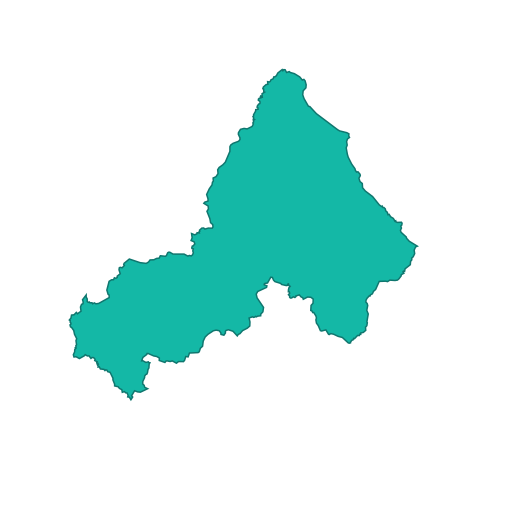 the district of Garut, Jawa Barat, Indonesia, rotated 204°
{"feature_id": "22746128B66421464971893", "entity_name": "Garut", "entity_type": "district", "adm_level": 2, "iso_a3": "IDN", "parent_name": "Indonesia", "parent_adm1": "Jawa Barat", "projection": "robinson", "projection_center": [107.848, -7.343], "detail": "fine", "context": "isolated", "style": "filled", "palette": "teal", "viewbox_px": 512, "rotation_deg": 204, "n_neighbors": 0, "source": "geoboundaries", "source_scale": "gbopen_adm2", "svg_char_len": 6111}
<svg xmlns="http://www.w3.org/2000/svg" viewBox="0 0 512 512"><g transform="rotate(204 256 256)"><path d="M228.2,212.1L238.0,218.2L240.3,221.3L240.0,224.3L233.6,231.6L233.9,233.2L236.7,233.0L237.1,233.6L236.7,234.6L234.5,236.0L233.9,242.6L232.3,243.1L230.2,241.1L228.3,240.3L222.3,241.0L221.1,240.4L216.3,241.3L215.4,241.9L215.6,243.1L215.0,243.7L214.0,242.4L212.5,242.2L213.0,240.3L212.6,238.3L211.9,236.5L211.0,236.8L210.1,235.7L210.6,233.8L209.1,233.3L208.5,232.0L207.5,231.6L206.4,232.1L205.3,233.9L203.6,233.9L203.0,235.2L203.3,235.7L200.6,238.1L198.4,237.0L196.3,236.9L195.2,235.7L192.2,239.5L189.1,240.6L186.2,239.9L184.7,236.0L185.6,233.3L183.8,228.5L182.7,228.6L181.1,227.4L180.3,227.9L176.9,225.6L175.6,224.0L175.3,222.0L173.5,219.3L170.8,217.7L166.8,214.0L165.5,214.2L162.1,216.9L157.9,214.0L157.2,214.0L156.1,215.5L153.4,216.1L148.3,216.0L144.0,216.7L136.3,214.1L134.9,214.5L134.3,215.2L134.7,215.8L134.1,218.1L133.2,218.9L133.3,220.4L132.4,220.5L130.9,224.7L129.2,225.4L129.3,226.9L128.5,227.1L129.0,228.3L126.9,229.8L125.5,232.7L127.0,235.5L126.4,237.4L127.2,240.4L127.9,240.9L129.9,248.7L132.7,251.4L133.8,256.2L135.1,257.8L136.9,258.6L137.5,260.4L137.4,262.4L136.3,265.7L135.6,265.8L135.6,267.1L134.3,268.8L134.3,271.5L133.1,274.0L133.1,282.9L127.4,285.7L125.4,286.1L123.9,288.4L119.0,290.2L117.0,291.5L116.2,293.0L115.3,296.8L115.7,298.0L113.9,300.4L115.3,301.2L115.1,302.2L114.0,302.4L114.6,304.9L111.5,310.8L112.6,314.0L112.1,315.8L112.9,317.4L112.1,319.2L112.0,322.7L113.9,325.7L113.9,329.2L112.6,330.6L121.9,331.8L125.6,333.4L126.5,334.5L133.2,336.7L134.5,338.2L134.5,340.7L135.9,342.1L135.4,343.5L135.9,345.4L136.9,346.0L140.5,344.2L142.0,344.1L142.7,345.0L143.2,344.3L145.8,346.2L148.9,346.6L151.4,348.2L152.2,347.4L153.9,349.4L156.0,350.1L157.0,351.6L158.8,352.3L159.8,351.9L161.0,352.9L161.3,352.3L164.1,352.8L173.6,357.7L182.5,359.8L186.4,361.7L188.4,365.5L191.3,366.3L193.6,368.9L193.4,371.8L194.2,373.0L197.1,374.4L198.3,373.6L200.1,374.7L201.1,376.0L206.0,378.9L212.0,383.8L214.0,386.2L217.6,391.5L217.8,394.4L219.8,397.4L220.0,400.3L218.8,402.3L220.1,403.3L220.8,405.4L223.2,405.6L230.5,404.3L232.9,404.6L258.8,410.6L267.6,414.4L269.0,414.1L276.1,419.3L278.9,422.3L280.1,426.1L278.8,429.9L279.8,432.8L282.4,436.0L284.1,436.8L285.3,435.6L288.9,437.4L295.1,438.2L299.3,437.6L300.6,438.0L302.7,436.1L305.2,438.0L306.5,437.5L306.8,436.2L307.9,437.0L310.5,432.1L310.7,429.0L311.7,427.3L312.6,426.9L312.4,424.9L314.0,423.0L314.0,421.3L314.6,420.4L316.3,420.0L315.0,417.7L316.5,416.7L318.0,413.4L317.8,411.6L316.9,411.6L315.6,409.0L314.9,409.1L316.5,406.7L314.8,403.6L315.6,403.3L316.1,404.4L316.8,404.2L316.8,403.3L315.9,402.4L317.2,401.4L317.6,400.3L317.2,399.2L315.4,398.9L314.7,397.8L314.5,396.8L315.4,395.8L315.8,393.5L315.5,392.3L314.5,392.2L313.8,390.9L315.8,389.6L315.3,388.1L315.7,384.1L315.1,383.0L315.5,382.2L314.2,381.1L314.1,379.8L312.9,380.0L313.5,378.6L312.7,377.6L313.0,376.2L312.1,375.6L312.2,372.8L315.8,368.5L318.8,367.7L321.7,365.4L322.2,361.6L321.7,360.1L318.7,357.4L318.0,355.8L318.6,353.7L322.8,349.6L324.2,347.2L324.3,345.3L322.4,341.0L322.2,329.2L323.4,325.8L325.7,321.9L326.1,319.2L324.2,315.9L324.8,312.2L326.9,309.8L325.4,307.0L325.8,305.7L325.1,303.1L326.0,298.4L326.1,292.1L323.0,288.6L322.2,286.6L324.7,284.4L325.1,282.9L320.0,282.2L318.6,279.5L319.0,276.9L313.3,271.3L311.1,268.0L308.3,267.1L307.1,265.0L307.3,263.6L310.9,262.1L313.7,259.8L315.1,260.3L316.8,259.5L318.1,256.6L317.4,255.5L317.9,254.7L317.2,254.0L319.3,253.3L319.1,252.1L320.7,250.4L324.0,250.3L321.7,246.6L321.6,243.7L318.3,243.8L316.8,242.1L317.7,239.3L318.2,239.2L318.1,237.7L317.6,236.8L316.2,237.1L315.8,234.9L314.5,233.4L314.5,231.2L315.2,229.7L317.1,229.4L318.2,228.2L322.4,228.5L332.6,224.0L336.3,224.4L337.4,223.9L338.0,223.0L338.0,220.1L338.6,218.9L343.5,217.3L343.6,214.6L345.8,213.4L347.8,211.0L351.2,209.3L351.7,206.8L353.3,204.6L359.1,202.8L370.5,201.7L373.5,195.7L373.4,194.4L372.4,193.8L373.5,190.8L375.5,190.4L376.1,189.6L375.5,187.6L372.8,184.6L374.6,181.1L374.0,179.9L375.0,178.6L376.5,178.5L376.5,176.4L378.4,175.4L379.9,173.1L378.4,164.2L375.5,160.8L374.3,160.6L373.2,158.3L380.4,148.7L382.8,147.2L384.6,147.4L385.8,145.9L386.8,146.6L388.6,145.7L389.5,146.2L390.3,145.5L391.7,145.7L392.7,148.1L394.5,149.5L395.3,151.3L396.7,145.5L395.1,143.6L394.7,141.9L395.7,140.9L395.6,138.0L393.4,134.4L395.6,130.6L397.2,131.4L398.3,128.3L400.5,127.0L399.8,124.0L400.5,121.6L399.4,121.4L398.9,120.0L397.9,119.5L397.4,118.5L397.9,117.4L396.6,115.8L395.4,115.7L392.2,113.8L389.9,110.6L386.2,107.6L386.0,105.4L383.8,101.9L384.1,100.9L383.4,99.6L383.8,98.6L383.0,98.5L383.5,96.7L382.7,94.7L382.7,91.5L381.2,89.7L379.4,90.8L375.6,90.5L372.1,95.2L371.9,96.4L369.4,96.1L368.0,96.9L365.1,95.3L364.5,96.6L363.0,97.1L360.9,96.2L360.8,94.9L358.1,94.8L358.2,93.8L357.4,93.0L356.8,93.6L356.0,92.9L356.5,92.0L355.4,91.3L355.1,90.3L354.1,91.0L352.2,89.5L348.8,90.6L347.4,89.9L347.1,90.8L345.8,91.1L344.4,90.0L342.0,90.4L337.0,86.2L336.3,84.6L333.1,81.5L332.3,79.8L328.8,80.5L326.9,79.5L324.2,79.3L322.7,77.1L321.1,78.6L319.4,78.0L318.0,78.4L316.2,76.7L315.9,75.1L314.2,75.5L311.8,73.8L311.3,77.0L312.8,77.7L312.1,83.5L308.9,83.7L306.2,84.6L301.0,90.7L304.3,90.8L305.6,92.4L307.3,92.9L308.4,95.2L308.3,99.5L308.9,101.2L308.4,103.0L307.7,103.6L307.7,105.3L308.5,108.4L308.3,110.2L309.6,113.6L309.5,115.3L310.7,115.0L311.3,115.5L313.3,114.0L317.0,114.3L317.8,113.8L318.1,117.3L315.7,121.7L315.9,122.6L314.9,123.1L308.8,123.1L305.9,123.8L302.8,123.5L301.9,121.2L295.9,121.7L295.4,123.5L294.6,124.0L291.5,124.7L289.8,126.1L285.1,125.7L283.8,128.1L279.3,130.0L278.8,131.6L279.3,135.6L277.0,136.2L277.3,140.3L269.6,144.2L268.9,145.4L269.3,149.1L268.1,151.8L269.6,156.8L269.5,161.3L268.0,165.0L264.5,170.4L262.2,172.1L259.1,172.8L256.8,171.4L256.1,170.1L253.1,170.6L252.6,173.2L253.3,174.7L253.1,175.8L251.2,177.4L246.4,177.9L240.6,175.4L240.3,177.2L239.1,178.5L237.9,182.4L234.6,186.5L233.2,189.5L234.7,193.3L237.1,196.5L234.4,199.1L233.4,198.9L232.2,199.8L232.0,200.6L230.8,200.6L230.2,201.6L227.4,203.3L228.0,204.8L227.0,207.8L228.2,212.1Z" fill="#14b8a6" stroke="#0f766e" stroke-width="1.5"/></g></svg>